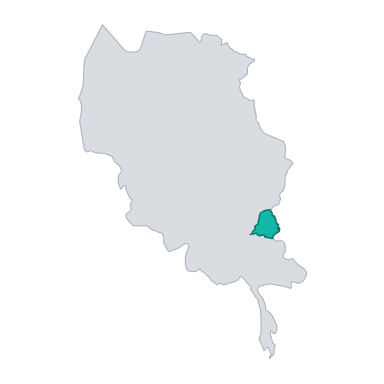 Kunduz highlighted on a map of Afghanistan, rotated 95°
{"feature_id": "AFG-1763", "entity_name": "Kunduz", "entity_type": "Province", "adm_level": 1, "iso_a3": "AFG", "parent_name": "Afghanistan", "parent_adm1": "", "projection": "orthographic", "projection_center": [68.869, 36.818], "detail": "fine", "context": "in_parent", "style": "filled", "palette": "teal", "viewbox_px": 384, "rotation_deg": 95, "n_neighbors": 0, "source": "natural_earth", "source_scale": "10m", "svg_char_len": 5957}
<svg xmlns="http://www.w3.org/2000/svg" viewBox="0 0 384 384"><g transform="rotate(95 192 192)"><path d="M169.7,100.6L177.3,100.0L182.5,101.1L185.2,103.9L187.9,104.6L190.5,103.3L192.2,103.1L192.8,104.0L194.1,104.4L196.1,104.2L197.2,105.0L197.5,106.6L198.9,108.7L201.6,111.2L203.9,111.8L207.1,109.9L208.1,110.2L208.7,109.5L209.0,108.1L210.9,106.8L214.3,105.6L216.3,104.5L217.0,103.6L218.2,103.3L219.4,103.6L220.3,103.2L221.0,102.0L222.2,101.5L223.3,101.8L228.0,106.3L229.9,107.6L230.7,107.4L233.1,104.9L233.4,102.6L232.7,99.7L233.1,97.3L234.7,95.5L237.5,94.4L241.7,93.9L244.3,94.2L245.3,95.1L246.6,95.6L248.2,95.7L249.6,94.6L250.9,92.3L251.0,89.6L249.7,86.4L250.1,85.3L252.1,83.6L254.3,81.2L256.4,78.0L258.4,74.1L260.9,71.6L263.9,70.7L267.6,71.6L272.0,74.5L273.8,78.2L272.8,82.6L272.8,85.0L273.7,85.5L278.6,84.5L279.3,85.1L279.3,86.3L278.6,88.2L277.9,93.4L276.7,106.4L279.0,114.0L280.5,117.0L282.0,117.9L283.5,118.2L285.0,117.9L288.0,115.8L292.4,112.0L296.8,109.6L303.2,108.1L305.2,104.2L308.1,101.5L314.7,97.4L318.3,95.7L320.4,95.4L325.6,96.6L325.9,97.7L325.6,99.0L324.2,100.1L323.8,100.9L324.4,101.5L326.5,101.6L335.3,98.5L337.1,96.0L339.1,95.8L342.9,96.6L345.7,96.1L347.3,97.0L351.0,100.2L349.9,100.4L348.3,99.9L347.4,98.8L343.8,100.5L340.0,102.9L340.1,103.4L343.8,106.3L336.5,110.1L333.3,112.3L332.5,112.4L327.4,110.9L313.3,112.1L302.7,113.6L298.6,115.5L294.7,116.5L292.7,117.4L291.4,119.3L285.6,123.5L284.6,125.0L281.3,125.0L277.9,128.9L273.0,133.7L272.0,135.9L272.8,137.0L275.6,138.6L276.8,140.2L278.8,144.6L279.7,147.8L280.9,149.1L281.6,152.8L280.4,155.0L280.5,156.1L282.2,158.9L281.8,159.8L280.6,161.2L278.7,164.9L275.2,167.6L273.7,170.1L271.3,172.8L270.3,175.0L269.2,176.3L268.1,177.0L268.4,178.1L269.4,179.6L271.1,181.2L271.1,188.0L270.3,189.9L265.8,191.9L261.4,192.7L256.1,192.9L254.0,192.6L246.6,190.3L244.2,191.5L243.8,194.5L248.1,199.2L249.8,201.9L251.8,206.4L253.3,208.7L252.8,210.8L245.2,215.7L240.2,216.2L237.2,217.1L235.7,218.3L234.6,223.4L233.5,225.2L233.5,227.4L232.5,229.9L230.9,231.5L229.8,234.2L230.7,247.6L226.2,252.9L223.7,254.9L221.3,255.8L219.3,255.4L216.8,252.4L215.0,251.2L213.3,251.4L211.5,252.5L208.6,252.1L206.2,251.0L205.0,251.2L204.3,252.2L201.7,254.5L195.2,257.9L192.6,258.2L191.5,259.0L191.9,260.5L193.0,261.6L195.0,262.5L195.1,263.4L191.8,265.2L188.5,266.3L184.6,266.7L180.7,266.0L178.7,264.4L176.3,264.2L174.1,265.3L171.8,267.1L168.5,271.7L163.8,274.5L162.6,277.4L161.1,282.6L161.4,290.4L160.7,293.8L159.7,296.0L159.8,297.8L161.3,299.8L160.7,301.1L159.3,302.6L158.0,303.3L132.4,309.9L128.3,309.9L126.1,309.5L118.9,309.2L115.9,309.6L112.9,310.5L110.6,311.6L108.8,313.3L105.8,312.2L96.4,309.8L70.7,310.7L68.3,310.1L33.3,295.7L56.9,271.3L57.6,269.2L58.0,264.9L57.0,259.1L55.0,256.3L35.9,251.7L35.6,247.2L36.0,245.2L36.0,241.4L36.2,238.4L37.4,233.6L37.7,231.4L33.3,209.1L33.4,207.0L37.4,202.3L42.2,197.7L42.0,196.8L39.8,196.1L36.4,195.8L34.7,194.9L33.4,193.4L33.0,191.3L34.2,187.9L33.9,181.0L37.8,175.6L43.3,175.7L40.8,171.3L40.3,170.8L40.1,170.1L40.5,169.4L41.9,169.2L45.4,166.8L45.6,165.3L48.6,161.6L48.6,159.8L50.7,155.3L50.0,152.1L50.0,150.4L52.0,149.5L53.6,145.2L54.4,144.2L54.5,143.1L54.2,141.3L56.1,141.2L57.6,143.6L60.0,146.2L61.7,147.0L63.8,147.5L68.7,147.1L69.7,147.3L74.4,151.8L75.2,152.9L75.5,154.6L76.3,155.1L78.1,153.6L79.8,153.2L83.1,153.9L84.8,153.4L93.2,148.8L94.0,145.5L94.9,143.7L96.1,142.6L94.9,138.8L95.5,138.0L96.5,137.8L99.2,137.9L111.7,134.4L114.9,134.6L115.6,134.3L115.9,133.2L116.9,132.0L122.8,129.2L126.3,126.3L127.6,124.0L133.8,105.1L136.8,103.6L139.8,102.5L149.9,102.5L151.9,96.7L152.9,95.4L154.7,94.1L161.9,98.5L169.7,100.6Z" fill="#d9dde1" stroke="#a8b0b8" stroke-width="1"/><path d="M229.4,107.7L229.9,107.7L230.3,107.5L230.8,107.4L230.8,107.5L231.4,108.1L231.5,108.3L231.1,109.0L230.9,109.7L230.9,110.0L231.0,110.6L231.0,110.8L230.7,114.6L230.5,115.4L230.3,115.7L230.2,115.7L229.1,115.8L228.8,116.2L228.8,116.3L228.8,116.5L228.9,117.0L228.9,117.6L228.8,117.8L228.7,117.9L228.7,118.0L228.9,118.6L229.0,118.8L229.0,119.1L229.0,119.3L228.9,119.5L229.0,119.6L229.3,119.7L229.3,119.8L229.5,120.0L229.7,120.6L229.7,120.8L229.7,121.1L229.3,122.0L229.1,122.6L229.1,122.8L228.9,123.0L228.3,123.5L228.2,123.6L228.1,123.8L227.7,124.0L227.4,124.4L227.4,124.6L227.5,124.8L227.8,125.2L228.0,126.2L228.3,126.6L228.5,126.9L228.5,127.1L228.6,127.3L228.5,127.6L228.5,128.0L228.6,128.3L228.8,128.7L228.9,128.9L229.0,129.2L229.0,129.6L228.7,129.2L228.5,128.9L228.3,128.7L228.0,128.6L227.2,128.4L226.8,128.3L225.9,128.0L225.5,127.8L224.9,127.2L224.6,126.8L224.5,126.7L224.2,126.5L224.2,126.4L223.9,126.2L222.8,126.0L222.3,125.9L222.2,125.9L222.1,126.0L221.5,126.4L221.3,126.4L221.1,126.5L221.0,126.4L220.7,126.3L219.8,125.5L218.4,123.8L218.1,123.2L216.8,123.4L216.4,123.5L216.2,123.5L215.9,123.5L214.1,123.0L210.6,122.7L209.4,122.8L209.2,122.7L208.7,122.4L207.6,122.1L206.9,121.9L206.5,121.5L206.3,120.9L206.2,120.6L205.9,120.2L205.5,119.8L205.1,119.5L205.0,119.3L204.4,118.3L203.3,115.4L203.2,115.2L203.2,113.7L203.0,112.5L203.4,112.4L203.7,112.3L205.1,111.0L205.4,110.9L205.8,110.7L206.1,110.3L206.5,110.0L207.1,109.9L208.0,110.2L208.5,110.2L208.7,109.9L208.6,108.7L208.6,108.2L208.7,107.7L209.2,107.4L209.6,107.5L210.0,107.6L210.4,107.7L211.0,107.7L211.4,107.5L211.6,107.1L211.2,106.4L212.6,106.3L213.6,106.1L213.8,106.1L214.0,106.0L214.3,105.4L214.9,105.3L215.7,105.0L216.1,105.0L216.2,104.8L216.3,104.3L216.5,103.9L217.0,103.9L216.9,103.5L216.8,103.4L216.7,103.3L217.0,103.0L217.4,103.0L218.2,103.1L218.7,103.1L218.9,103.1L219.2,103.2L220.0,103.7L220.2,103.8L220.3,103.5L220.3,102.9L220.0,102.1L220.1,101.8L220.6,101.6L221.0,101.8L221.3,102.1L221.5,102.5L221.8,102.9L222.1,103.1L222.3,103.0L222.4,102.8L222.3,102.4L222.2,102.2L221.9,102.0L221.8,101.8L221.6,101.5L221.7,101.4L221.8,101.4L221.9,101.5L223.4,101.6L223.8,101.9L224.2,102.3L224.6,102.8L224.9,103.7L225.3,104.1L225.8,104.5L226.2,104.8L226.6,105.7L226.8,106.0L227.3,106.3L229.4,107.7Z" fill="#14b8a6" stroke="#0f766e" stroke-width="1.5"/></g></svg>